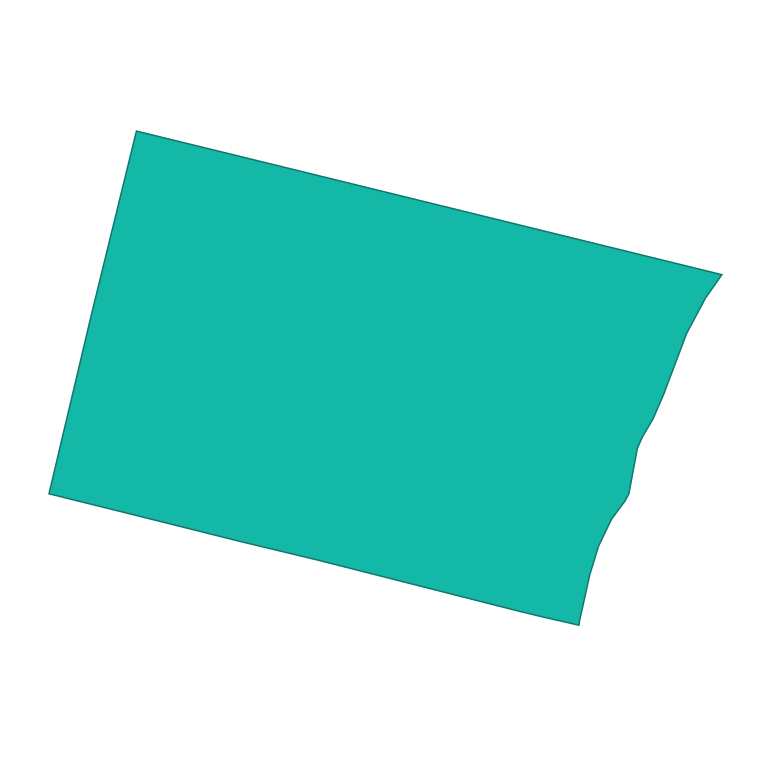 Allegan, Michigan, United States of America, rotated 194°
{"feature_id": "52423323B90348068840522", "entity_name": "Allegan", "entity_type": "district", "adm_level": 2, "iso_a3": "USA", "parent_name": "United States of America", "parent_adm1": "Michigan", "projection": "equal_earth", "projection_center": [-86.049, 42.594], "detail": "fine", "context": "isolated", "style": "filled", "palette": "teal", "viewbox_px": 768, "rotation_deg": 194, "n_neighbors": 0, "source": "geoboundaries", "source_scale": "gbopen_adm2", "svg_char_len": 493}
<svg xmlns="http://www.w3.org/2000/svg" viewBox="0 0 768 768"><g transform="rotate(194 384 384)"><path d="M682.5,196.4L585.6,196.5L487.5,196.4L406.4,197.1L204.2,196.2L195.6,196.2L171.3,196.4L136.5,197.1L137.0,202.2L137.3,216.0L138.2,248.8L136.6,278.2L136.1,281.0L130.5,307.9L121.8,328.9L119.8,336.7L122.6,382.9L120.5,395.1L114.6,414.9L110.1,441.8L102.6,506.2L92.8,545.3L82.6,571.8L502.7,570.3L685.4,569.5L684.7,382.8L682.5,196.4Z" fill="#14b8a6" stroke="#0f766e" stroke-width="1.5"/></g></svg>